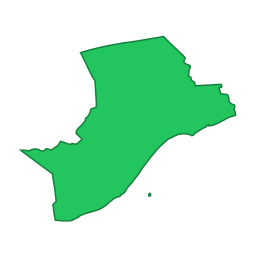 La Gi, Bình Thuận, Vietnam (orthographic projection), rotated 357°
{"feature_id": "81297802B85161602276488", "entity_name": "La Gi", "entity_type": "district", "adm_level": 2, "iso_a3": "VNM", "parent_name": "Vietnam", "parent_adm1": "Bình Thuận", "projection": "orthographic", "projection_center": [107.79, 10.714], "detail": "fine", "context": "isolated", "style": "filled", "palette": "green", "viewbox_px": 256, "rotation_deg": 357, "n_neighbors": 0, "source": "geoboundaries", "source_scale": "gbopen_adm2", "svg_char_len": 4798}
<svg xmlns="http://www.w3.org/2000/svg" viewBox="0 0 256 256"><g transform="rotate(357 128 128)"><path d="M50.6,216.2L51.2,216.3L56.1,217.1L60.6,217.5L64.6,217.6L66.3,217.5L67.9,217.1L70.0,216.0L73.8,214.5L74.3,214.1L74.6,213.6L76.0,212.9L79.3,211.7L87.6,209.6L91.1,208.9L93.7,208.1L96.7,207.0L100.4,205.0L102.5,203.6L106.6,200.2L107.2,200.0L108.3,199.2L109.0,198.5L110.0,197.9L111.4,197.1L112.2,196.7L113.3,196.4L114.4,196.3L115.7,196.1L116.3,195.9L116.6,195.6L117.8,194.0L118.7,193.7L120.2,193.1L120.9,192.4L121.9,191.3L122.5,190.3L123.0,189.4L124.5,187.4L126.2,185.6L127.2,184.7L129.3,182.5L132.9,178.2L134.5,176.5L134.6,176.3L136.0,174.6L137.4,172.9L138.0,172.0L138.9,170.7L139.4,169.9L140.1,169.0L142.4,166.2L143.6,165.0L145.0,163.1L146.9,160.9L148.9,158.6L150.4,157.0L152.0,155.2L153.8,153.4L155.7,151.2L156.4,150.6L156.7,150.2L156.8,150.1L157.3,149.7L158.8,148.3L161.2,146.3L163.1,144.7L163.5,144.3L166.0,142.4L167.3,141.4L167.9,141.0L170.0,140.2L174.2,138.4L177.6,137.1L179.0,136.9L181.8,136.7L183.4,136.7L185.3,136.9L187.9,137.4L189.8,138.0L190.5,138.5L191.0,138.9L191.5,138.9L192.1,138.8L193.1,138.5L193.4,138.0L193.8,137.4L195.1,136.6L196.9,135.5L198.8,134.4L201.0,133.1L202.2,132.6L202.4,132.4L202.6,132.2L203.2,132.0L205.0,131.5L205.4,131.3L205.7,131.0L206.0,130.6L206.5,130.2L207.0,129.9L207.4,129.7L207.6,129.6L207.9,129.4L208.1,129.1L208.5,128.8L208.9,128.7L209.1,129.1L209.0,129.5L208.9,129.9L208.9,130.1L209.3,130.2L213.6,129.5L216.3,128.6L220.2,126.9L224.8,124.8L227.6,123.4L230.1,122.4L235.0,121.2L236.1,121.0L236.1,120.4L235.9,118.6L235.8,117.6L235.7,117.0L235.3,116.3L235.1,115.6L235.1,114.8L235.2,114.3L235.4,113.5L235.7,112.6L235.8,111.4L235.6,110.8L235.4,110.6L234.7,110.3L233.6,109.9L232.3,109.0L231.1,108.1L230.7,107.7L230.5,107.2L230.4,106.7L230.2,105.5L230.2,103.3L230.0,102.0L229.7,100.9L229.3,100.4L229.0,100.1L228.5,99.8L228.1,99.6L227.1,99.4L225.7,99.3L224.6,99.1L224.3,98.9L223.8,98.9L222.6,98.6L222.3,98.2L221.8,96.6L221.8,95.8L221.7,95.0L221.4,94.2L220.9,93.3L220.8,92.3L222.6,92.4L223.1,92.2L223.6,91.9L223.8,91.3L223.8,90.8L223.7,90.4L223.5,89.5L223.3,89.4L221.4,89.2L216.7,89.3L211.3,89.4L199.7,89.3L197.3,89.3L197.3,89.2L197.1,89.0L197.1,88.6L197.1,87.5L197.1,86.8L197.1,86.4L197.0,86.2L195.9,85.3L194.4,84.0L193.9,83.4L193.7,82.9L193.6,82.2L193.6,81.6L193.4,80.9L193.3,80.6L193.0,80.4L192.0,79.7L191.4,79.3L191.3,79.0L191.2,78.6L191.3,77.8L191.7,76.2L191.9,75.1L191.9,74.3L192.0,73.6L192.3,72.8L193.1,71.1L193.4,70.1L193.4,69.7L193.3,69.2L192.7,68.7L192.0,68.3L190.7,67.7L189.1,67.0L188.3,66.5L187.9,66.1L187.5,65.6L187.3,64.9L187.3,64.4L187.5,63.7L187.8,63.0L188.5,61.9L188.6,61.5L188.7,60.9L188.6,60.6L188.0,60.0L187.6,59.5L187.1,58.7L186.8,58.2L186.4,57.9L186.0,57.6L175.9,47.0L174.2,45.2L168.2,38.4L167.6,38.5L163.7,39.1L154.8,40.1L152.9,40.3L149.4,40.7L144.3,41.3L142.3,41.6L138.7,41.9L129.6,42.7L126.9,42.9L123.4,43.4L120.7,43.7L117.5,44.0L113.5,44.7L109.7,45.2L104.0,46.1L98.4,47.2L93.8,48.1L89.5,49.1L85.7,50.0L84.5,50.5L85.6,52.4L86.8,55.3L89.5,61.7L92.1,68.1L94.9,74.5L97.7,79.7L97.7,80.2L97.5,80.7L97.5,81.5L97.6,85.5L97.6,90.5L97.7,95.1L97.7,99.8L97.7,101.2L97.6,104.4L97.4,105.1L96.2,106.0L94.7,106.6L92.6,106.8L92.2,107.1L91.8,107.8L91.3,109.0L91.1,109.7L90.3,111.5L89.7,112.8L89.0,113.7L88.3,114.4L87.8,115.0L87.2,115.4L86.6,115.8L86.3,115.9L86.1,116.2L86.0,116.6L86.0,116.9L85.9,117.4L85.8,117.8L85.6,118.3L84.6,119.7L83.3,121.2L80.3,124.0L78.3,125.8L77.1,127.1L76.7,127.7L76.4,128.4L76.2,128.9L76.1,129.3L75.9,130.7L77.0,131.9L80.3,135.3L81.1,136.2L81.5,136.7L81.6,136.8L81.2,137.1L79.0,138.9L77.4,140.2L76.2,141.0L75.2,141.4L74.3,141.4L72.3,140.7L71.7,140.6L71.3,140.5L69.4,141.5L62.7,138.8L60.4,137.9L60.0,137.8L59.3,138.6L58.9,139.3L58.4,140.2L57.8,140.9L57.3,141.6L56.3,142.3L54.2,143.5L50.5,145.9L49.1,145.6L47.6,145.0L47.1,144.8L46.3,144.6L46.0,144.6L45.5,144.5L45.2,144.5L44.9,144.6L44.6,144.8L44.3,145.0L43.9,145.5L43.4,146.0L43.2,146.2L42.9,146.3L42.6,146.5L42.2,146.5L41.7,146.5L40.8,146.6L40.3,146.5L39.3,145.9L38.2,145.2L37.8,145.0L37.2,144.7L36.7,144.5L36.2,144.4L35.8,144.3L33.9,144.2L32.8,144.1L32.3,144.1L31.8,144.2L31.2,144.4L30.7,144.6L30.2,144.8L29.6,145.0L29.0,145.2L28.5,145.4L28.2,145.5L27.9,145.6L27.5,145.6L25.9,145.2L23.5,144.8L22.5,144.7L22.2,144.7L21.6,144.6L20.8,144.6L19.9,144.5L21.5,146.2L31.1,154.1L35.2,157.6L46.3,166.6L50.5,170.0L50.3,170.7L50.2,171.1L50.6,175.2L50.9,178.5L51.3,181.7L51.5,182.7L51.9,187.8L51.9,189.4L52.3,194.3L52.5,197.7L51.7,198.1L51.0,198.7L49.8,200.0L48.9,200.8L49.4,204.0L49.4,205.9L49.6,208.3L50.0,212.2L50.5,215.4L50.6,216.2ZM146.4,197.1L146.7,196.8L147.1,196.2L147.1,195.8L147.1,195.2L146.9,194.7L146.6,194.5L146.0,194.4L145.7,194.6L145.4,195.0L145.2,195.3L145.1,196.4L145.2,196.8L145.5,197.1L145.9,197.2L146.4,197.1Z" fill="#22c55e" stroke="#15803d" stroke-width="1.5"/></g></svg>